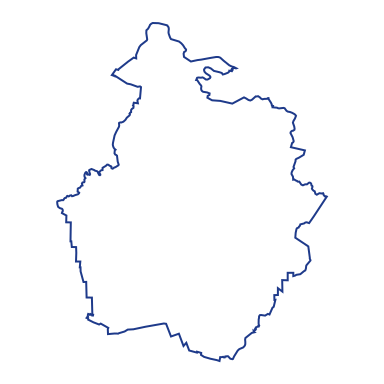 Moloacán, Veracruz, Mexico
{"feature_id": "50627088B54217054702449", "entity_name": "Moloacán", "entity_type": "district", "adm_level": 2, "iso_a3": "MEX", "parent_name": "Mexico", "parent_adm1": "Veracruz", "projection": "albers", "projection_center": [-94.286, 17.993], "detail": "fine", "context": "isolated", "style": "outline", "palette": "blue", "viewbox_px": 384, "rotation_deg": 0, "n_neighbors": 0, "source": "geoboundaries", "source_scale": "gbopen_adm2", "svg_char_len": 5886}
<svg xmlns="http://www.w3.org/2000/svg" viewBox="0 0 384 384"><path d="M111.9,75.1L113.1,75.5L113.4,75.2L113.9,75.8L114.5,75.6L115.0,76.2L115.2,75.9L127.1,83.6L130.7,84.3L137.6,86.8L140.0,86.4L141.0,87.1L140.0,98.4L139.1,98.3L137.8,99.5L137.4,100.7L137.9,103.3L133.8,102.7L133.5,103.8L133.5,104.6L133.0,105.5L133.6,106.1L133.4,107.9L131.8,109.0L131.1,110.1L131.1,112.2L130.1,112.7L130.0,113.1L129.5,113.7L129.9,114.4L129.6,115.3L126.8,117.7L125.4,119.9L123.4,121.7L121.3,122.5L120.4,122.4L119.2,122.8L119.0,123.1L119.2,125.6L118.9,126.9L116.2,131.9L114.6,135.4L113.0,142.8L112.8,144.7L113.0,145.8L113.6,147.6L114.4,148.7L115.5,149.7L114.8,150.2L114.5,153.3L115.2,154.5L116.4,155.1L117.0,155.7L117.7,161.6L118.7,164.7L118.4,165.3L115.4,167.2L114.3,167.5L112.7,168.7L111.6,168.3L111.3,167.8L111.4,166.6L110.9,166.2L109.5,165.7L108.5,164.8L107.2,164.6L105.8,165.9L102.6,167.8L102.5,170.1L101.5,170.2L100.7,170.6L99.6,171.8L99.4,172.5L99.5,173.2L100.3,174.3L100.3,174.9L99.9,175.2L99.2,175.0L98.0,172.8L97.8,171.9L97.2,171.3L94.9,170.6L94.3,170.1L91.5,169.0L89.3,170.0L89.1,170.4L89.3,171.6L90.1,174.1L89.7,174.9L88.4,174.4L87.9,174.7L87.3,174.6L87.0,174.2L87.1,172.9L86.5,172.1L86.0,172.1L85.3,172.8L84.5,174.7L84.4,175.8L84.6,176.9L85.5,178.1L84.4,179.4L84.5,181.7L84.2,182.2L82.5,182.5L82.2,183.0L81.9,183.7L82.5,185.5L81.1,186.0L80.1,187.6L78.6,188.1L77.8,188.6L77.6,191.6L79.2,192.7L79.1,193.1L78.5,193.8L77.9,194.3L75.2,195.1L73.1,196.0L72.0,196.2L71.3,195.3L70.0,195.5L69.2,196.2L68.4,196.4L67.6,195.9L67.0,196.1L66.0,197.8L64.9,198.0L64.3,198.5L63.7,199.6L63.1,200.2L61.8,200.1L57.6,201.2L57.3,201.5L57.2,202.5L57.4,204.4L58.1,206.8L59.8,208.1L62.0,208.8L62.5,209.4L62.8,210.3L62.7,211.4L62.1,212.2L61.9,213.1L66.4,215.5L66.2,222.3L70.8,222.4L70.5,241.3L71.3,241.3L71.8,247.0L76.1,247.1L76.3,252.9L76.0,261.5L80.3,261.5L79.8,267.3L80.5,267.3L80.6,271.4L83.5,282.0L86.2,281.9L86.6,297.5L91.9,297.6L92.3,313.1L92.5,314.9L93.1,314.9L93.0,315.5L92.1,315.5L91.8,314.8L90.5,314.1L90.3,314.8L90.0,314.9L89.3,314.3L88.2,313.9L87.9,314.7L87.8,315.8L88.0,316.7L87.5,316.7L86.6,317.9L88.0,318.5L88.6,319.7L88.5,319.8L93.4,322.3L99.1,324.5L100.7,323.6L108.3,327.9L107.8,329.2L108.0,334.1L114.7,333.5L118.3,333.6L118.9,333.2L124.6,331.5L127.7,329.6L133.3,329.3L145.7,326.7L163.9,323.5L166.1,323.8L171.0,336.5L178.9,333.7L183.5,346.0L186.3,342.8L189.2,350.5L196.9,352.6L197.0,351.7L201.2,352.9L201.0,354.9L204.1,356.9L210.3,358.7L216.8,360.1L219.5,361.0L220.2,357.1L222.0,357.1L223.1,356.8L223.8,357.4L224.8,357.4L225.3,356.4L226.4,356.5L226.9,356.2L228.1,356.3L230.3,358.7L232.4,359.2L232.9,359.0L234.1,356.4L237.7,350.6L239.3,349.1L243.1,347.5L244.3,346.3L244.9,345.4L245.3,344.1L245.3,341.8L245.1,339.7L245.4,338.0L251.8,332.9L254.3,332.3L254.0,332.1L254.1,331.7L253.7,331.6L253.6,330.7L253.9,330.9L254.1,330.6L255.1,330.2L255.5,329.8L255.1,329.6L255.0,329.0L255.8,328.4L255.7,327.6L256.0,327.3L256.5,327.3L258.1,326.1L258.7,326.5L259.2,325.6L258.7,324.4L258.6,323.2L258.7,319.3L259.0,318.0L259.1,316.3L259.8,315.2L261.0,315.0L265.1,315.6L267.9,313.9L269.5,314.5L272.5,307.7L273.7,306.8L275.4,299.8L274.4,299.9L274.3,295.1L277.9,295.0L277.9,288.2L282.4,291.6L282.2,280.1L287.7,280.3L287.7,272.8L293.3,272.8L293.3,276.1L295.1,275.6L296.4,274.8L300.3,274.2L303.8,271.3L305.3,270.4L305.9,268.6L306.2,265.9L306.5,265.2L310.4,260.6L310.5,260.2L309.8,258.7L309.8,257.6L308.3,246.4L295.3,237.7L295.7,232.7L296.5,229.0L297.0,228.2L298.7,227.5L298.9,226.7L299.9,225.8L300.3,224.4L304.2,223.4L305.0,222.7L306.2,222.3L307.0,222.4L309.1,223.1L313.7,216.5L326.8,196.6L325.8,196.2L324.7,196.3L323.5,194.7L323.5,194.0L323.1,193.2L321.8,193.5L319.4,193.2L316.8,194.7L315.4,193.8L314.7,191.3L313.5,190.7L312.3,189.4L311.9,188.6L312.5,186.8L312.3,186.0L311.5,185.5L311.2,183.8L310.6,183.0L309.8,182.6L309.0,182.7L307.0,184.3L305.2,184.3L302.9,185.3L301.3,184.6L299.3,181.6L298.1,181.7L297.5,181.5L297.1,181.0L295.6,180.4L294.2,179.4L293.2,179.7L293.0,176.9L292.3,175.4L291.6,174.4L291.5,173.6L291.7,172.3L292.7,170.1L294.2,168.3L293.5,167.0L295.5,161.3L295.6,159.7L296.3,158.9L298.9,157.7L303.7,154.8L304.9,150.4L290.9,147.2L292.1,143.0L293.2,142.3L293.7,141.1L292.6,137.2L290.5,133.1L290.6,132.3L291.4,131.3L292.2,130.8L293.1,130.7L294.4,129.8L294.6,128.7L294.2,126.4L292.9,122.7L293.5,120.9L294.9,118.6L296.0,115.8L295.2,114.7L294.1,113.9L292.1,112.8L290.0,112.0L287.8,111.6L286.5,110.8L284.6,108.2L283.5,107.9L279.2,108.4L278.0,108.2L277.0,107.7L272.6,107.3L273.0,105.9L271.9,105.7L271.7,104.3L270.9,102.6L268.7,99.2L268.5,98.1L267.7,98.2L267.2,98.8L264.3,98.9L262.5,99.3L260.9,98.5L259.9,97.4L258.1,96.2L256.7,96.5L255.7,96.4L251.9,99.8L250.3,100.5L248.5,100.0L246.2,98.5L244.0,97.4L232.3,103.6L220.3,100.9L212.1,100.3L207.4,97.7L207.7,95.9L209.4,95.0L209.6,93.4L207.0,92.4L203.1,91.8L201.9,90.9L201.3,89.9L201.1,88.5L201.4,86.2L201.0,85.4L199.6,83.8L197.2,80.1L196.2,80.0L197.1,77.8L198.3,77.5L201.0,77.7L202.5,77.4L203.6,77.9L205.9,79.5L207.6,79.5L209.9,78.2L210.4,77.3L210.3,76.6L209.5,75.6L205.9,73.3L204.5,71.7L204.1,70.4L204.1,69.4L205.5,67.5L208.2,67.3L210.8,68.4L213.9,70.9L219.4,72.2L221.8,73.0L222.8,74.5L224.7,74.0L228.0,72.7L229.1,71.7L229.3,70.7L231.9,71.2L232.3,70.5L231.3,70.0L231.8,69.0L232.7,69.0L232.8,68.5L234.1,68.0L234.8,68.0L236.0,68.4L236.3,68.3L233.8,67.0L231.8,66.5L229.3,65.3L223.6,60.7L220.5,57.9L219.7,57.4L218.2,57.0L216.1,57.0L210.6,57.9L201.3,59.6L197.4,60.1L190.9,61.5L184.0,56.9L183.6,53.7L184.2,51.9L185.3,51.4L185.9,50.7L186.1,49.9L186.0,49.4L184.9,48.2L183.1,45.3L181.3,43.3L179.0,41.5L171.0,39.1L170.1,37.6L168.7,33.7L168.5,32.4L168.8,29.0L168.6,27.5L168.2,26.7L167.7,26.3L167.4,25.5L166.7,25.2L158.7,23.2L152.7,23.0L151.3,23.7L150.0,24.9L149.5,26.2L148.1,28.7L146.4,30.3L146.3,33.2L147.2,39.4L146.8,40.4L140.8,45.1L139.3,47.1L136.1,55.0L136.2,58.4L133.7,57.6L128.1,61.6L118.7,69.1L118.3,69.9L116.0,69.3L111.9,75.1Z" fill="none" stroke="#1e3a8a" stroke-width="2"/></svg>